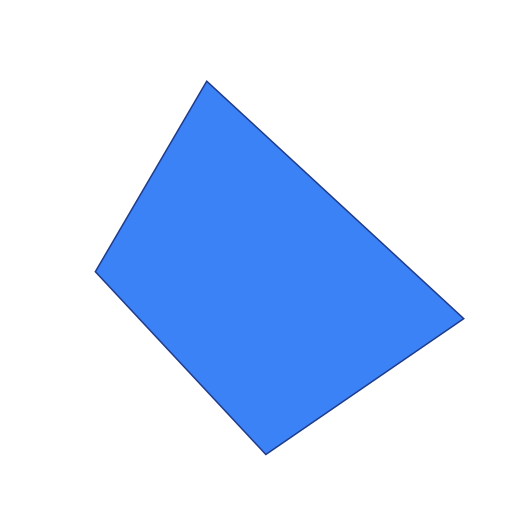 the border of Quatre Bornes, rotated 239°
{"feature_id": "MUS-5191", "entity_name": "Quatre Bornes", "entity_type": "City", "adm_level": 1, "iso_a3": "MUS", "parent_name": "Mauritius", "parent_adm1": "", "projection": "albers", "projection_center": [57.476, -20.27], "detail": "fine", "context": "isolated", "style": "filled", "palette": "blue", "viewbox_px": 512, "rotation_deg": 239, "n_neighbors": 0, "source": "natural_earth", "source_scale": "10m", "svg_char_len": 228}
<svg xmlns="http://www.w3.org/2000/svg" viewBox="0 0 512 512"><g transform="rotate(239 256 256)"><path d="M95.3,401.8L80.8,162.2L325.3,110.2L431.2,303.8L95.3,401.8Z" fill="#3b82f6" stroke="#1e3a8a" stroke-width="1.5"/></g></svg>